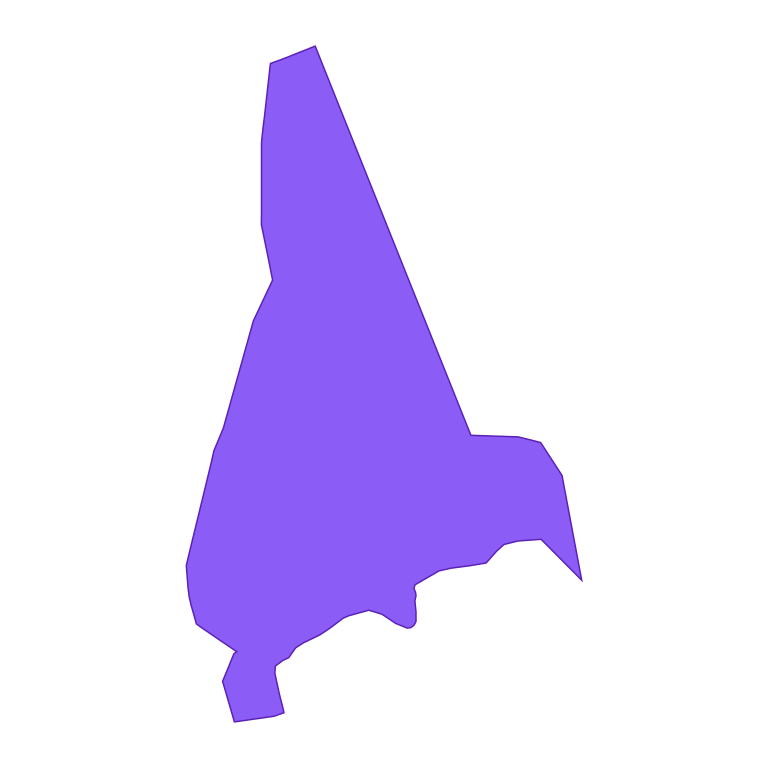 Shattaya, Central Darfur, Sudan (orthographic projection)
{"feature_id": "16777658B37888835972570", "entity_name": "Shattaya", "entity_type": "district", "adm_level": 2, "iso_a3": "SDN", "parent_name": "Sudan", "parent_adm1": "Central Darfur", "projection": "orthographic", "projection_center": [23.815, 12.332], "detail": "fine", "context": "isolated", "style": "filled", "palette": "violet", "viewbox_px": 768, "rotation_deg": 0, "n_neighbors": 0, "source": "geoboundaries", "source_scale": "gbopen_adm2", "svg_char_len": 1460}
<svg xmlns="http://www.w3.org/2000/svg" viewBox="0 0 768 768"><path d="M315.2,46.1L280.4,59.9L274.0,62.2L271.3,63.2L270.7,63.4L270.5,63.5L270.3,64.4L270.3,65.0L270.2,65.8L269.9,67.6L269.7,69.8L269.0,76.2L266.9,94.8L264.6,115.4L263.0,128.2L261.9,138.4L261.8,140.0L261.5,142.8L261.5,146.2L261.5,180.5L261.5,210.5L261.5,214.8L261.5,215.3L261.4,219.3L261.4,224.7L267.7,255.4L272.6,280.1L253.4,320.8L225.9,419.0L223.2,428.6L222.9,429.2L213.9,450.8L213.7,451.8L211.2,462.8L200.9,505.3L191.1,545.4L187.8,559.2L186.3,565.6L188.0,587.4L189.0,595.3L189.2,597.0L189.4,597.7L191.1,605.2L193.0,611.8L195.2,619.6L195.7,621.3L195.8,621.5L196.1,622.9L196.5,624.0L200.2,626.7L202.0,628.0L215.5,637.2L221.6,641.4L224.2,643.1L224.7,643.5L226.1,644.4L228.3,645.9L229.9,647.0L230.4,647.4L231.4,648.0L232.5,648.8L236.7,651.7L233.9,653.8L227.9,668.5L222.6,681.3L234.4,721.9L234.5,721.9L237.4,721.5L274.2,716.2L284.0,712.7L283.2,709.1L279.7,695.4L279.0,692.4L274.9,673.4L275.3,666.1L282.9,660.4L288.7,657.7L295.6,647.9L303.1,643.0L319.8,634.9L329.6,628.4L343.3,618.1L348.9,615.7L368.8,610.2L382.1,614.3L395.8,623.5L407.3,628.1L410.9,627.6L414.1,625.1L416.0,621.4L416.0,611.8L414.9,601.0L416.0,595.6L415.6,592.6L414.0,588.5L415.0,584.8L439.0,570.9L450.9,568.2L470.0,565.7L486.1,563.0L496.5,551.3L503.9,544.5L517.9,541.0L541.1,539.3L581.7,580.2L562.0,475.4L540.6,442.5L518.3,436.9L470.9,435.3L334.7,95.0L331.3,86.5L315.2,46.1Z" fill="#8b5cf6" stroke="#5b21b6" stroke-width="1.5"/></svg>